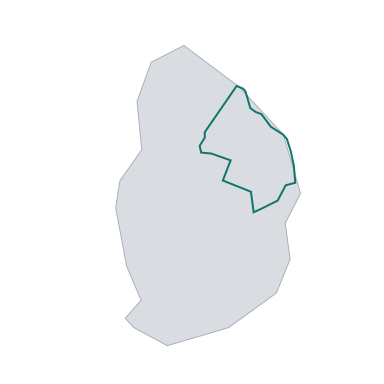 where Flacq sits in Mauritius, rotated 339°
{"feature_id": "MUS-5184", "entity_name": "Flacq", "entity_type": "District", "adm_level": 1, "iso_a3": "MUS", "parent_name": "Mauritius", "parent_adm1": "", "projection": "natural_earth1", "projection_center": [57.71, -20.212], "detail": "fine", "context": "in_parent", "style": "outline", "palette": "teal", "viewbox_px": 384, "rotation_deg": 339, "n_neighbors": 0, "source": "natural_earth", "source_scale": "10m", "svg_char_len": 763}
<svg xmlns="http://www.w3.org/2000/svg" viewBox="0 0 384 384"><g transform="rotate(339 192 192)"><path d="M234.6,316.5L177.6,331.7L113.9,326.6L89.2,297.9L84.4,286.0L105.7,274.7L104.4,237.9L115.0,179.7L128.6,155.8L160.3,134.5L173.2,87.6L200.5,56.2L236.9,52.3L273.3,110.2L297.9,171.2L292.8,232.2L267.8,254.6L259.5,289.9L234.6,316.5Z" fill="#d9dde1" stroke="#a8b0b8" stroke-width="1"/><path d="M271.7,109.0L276.7,113.8L278.0,117.2L276.5,134.5L280.0,140.0L284.7,144.2L289.0,159.4L297.6,171.0L299.6,176.6L298.8,189.4L296.5,204.1L291.7,220.4L281.9,219.3L268.9,230.7L251.5,232.4L242.3,233.0L247.1,212.9L224.9,192.3L239.4,176.3L223.9,163.1L214.7,158.5L215.0,156.4L215.7,151.6L223.4,145.9L225.4,140.7L271.7,109.0Z" fill="none" stroke="#0f766e" stroke-width="2"/></g></svg>